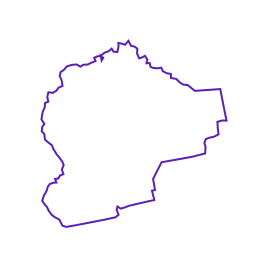 Forquilhinha, Santa Catarina, Brazil, rotated 169°
{"feature_id": "56859067B16850363929127", "entity_name": "Forquilhinha", "entity_type": "district", "adm_level": 2, "iso_a3": "BRA", "parent_name": "Brazil", "parent_adm1": "Santa Catarina", "projection": "orthographic", "projection_center": [-49.484, -28.785], "detail": "fine", "context": "isolated", "style": "outline", "palette": "violet", "viewbox_px": 256, "rotation_deg": 169, "n_neighbors": 0, "source": "geoboundaries", "source_scale": "gbopen_adm2", "svg_char_len": 1697}
<svg xmlns="http://www.w3.org/2000/svg" viewBox="0 0 256 256"><g transform="rotate(169 128 128)"><path d="M153.8,44.6L154.8,49.8L153.3,52.9L150.5,50.2L146.7,50.6L141.2,51.5L121.1,52.2L115.9,52.2L116.4,61.9L113.3,62.0L113.1,73.2L101.6,88.0L70.1,87.5L57.2,88.3L55.5,94.3L55.9,98.6L53.8,102.3L49.4,103.0L45.5,103.0L40.3,104.5L39.9,111.0L39.0,117.0L33.9,117.4L29.9,116.4L30.0,133.2L30.0,148.6L55.3,151.7L58.7,155.8L61.2,158.8L65.6,160.1L68.7,163.1L71.3,167.0L76.3,168.9L75.6,172.9L79.6,174.4L83.0,177.2L83.8,180.9L87.8,181.0L91.6,182.0L94.2,183.7L94.3,187.6L97.5,188.0L96.0,191.2L97.5,195.6L100.8,194.6L103.8,194.3L104.9,199.4L103.7,204.1L106.1,206.7L109.4,208.1L110.9,213.5L115.0,210.3L118.2,212.1L121.2,213.3L121.8,209.7L124.0,204.6L127.7,205.7L128.9,209.0L132.4,207.0L136.6,206.4L141.0,204.1L144.8,204.1L147.8,203.4L147.1,199.9L151.3,199.1L155.7,198.0L159.8,198.6L163.0,197.3L166.4,200.2L171.3,200.7L176.4,200.1L179.5,197.5L183.6,195.6L185.2,191.9L184.2,188.6L184.0,185.2L184.3,181.7L188.4,180.9L191.2,178.3L195.0,176.8L199.3,178.3L201.3,174.0L201.2,169.0L204.7,168.4L205.8,164.1L208.5,160.4L209.9,156.9L211.3,153.0L209.3,148.0L211.9,145.6L213.3,141.2L211.3,138.1L211.7,132.5L209.0,129.0L206.1,125.7L205.1,121.2L203.1,115.9L200.9,111.9L198.9,107.5L198.2,103.9L200.9,99.8L200.2,95.0L203.9,94.3L206.1,91.7L209.3,92.0L208.7,88.1L211.8,88.5L215.4,87.9L217.9,85.7L220.1,81.5L223.5,77.7L226.1,72.8L224.5,69.1L222.6,65.9L221.6,61.7L219.3,57.0L216.5,54.1L212.8,51.1L211.0,44.6L207.4,42.7L196.8,42.5L192.8,42.5L187.2,42.5L176.3,42.5L172.7,42.5L169.6,42.5L166.1,42.5L161.6,42.7L157.5,42.7L153.8,44.6ZM141.0,204.1L138.9,201.6L141.0,199.3L141.0,204.1Z" fill="none" stroke="#5b21b6" stroke-width="2"/></g></svg>